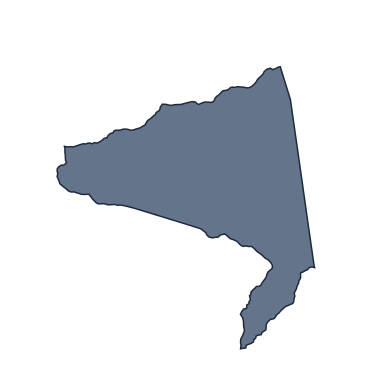 outline of Igaporã, Bahia, Brazil, rotated 283°
{"feature_id": "56859067B50358984616919", "entity_name": "Igaporã", "entity_type": "district", "adm_level": 2, "iso_a3": "BRA", "parent_name": "Brazil", "parent_adm1": "Bahia", "projection": "orthographic", "projection_center": [-42.745, -13.834], "detail": "fine", "context": "isolated", "style": "filled", "palette": "slate", "viewbox_px": 384, "rotation_deg": 283, "n_neighbors": 0, "source": "geoboundaries", "source_scale": "gbopen_adm2", "svg_char_len": 3276}
<svg xmlns="http://www.w3.org/2000/svg" viewBox="0 0 384 384"><g transform="rotate(283 192 192)"><path d="M207.8,57.4L205.5,58.5L203.6,58.9L201.6,59.4L199.0,60.4L196.8,60.9L194.3,61.7L192.7,63.0L190.8,62.3L189.4,60.9L188.7,58.6L186.7,56.5L184.3,55.5L182.3,55.8L179.5,57.1L176.6,57.1L175.2,58.3L173.2,59.7L170.3,61.5L169.1,63.7L168.1,65.7L166.8,68.6L165.2,71.4L164.8,74.2L165.6,77.2L165.3,79.7L165.2,81.8L164.9,85.0L165.4,87.7L166.0,89.8L166.6,92.2L164.8,94.3L162.7,96.8L161.5,98.7L159.9,101.1L159.4,103.4L160.9,109.3L160.6,112.8L161.3,115.6L162.5,119.4L162.3,122.5L163.3,125.5L163.4,132.1L163.2,139.1L160.3,180.1L158.3,207.1L158.0,209.1L156.7,211.9L155.4,214.7L153.4,216.2L151.9,218.8L151.9,222.2L152.9,224.5L154.0,227.7L156.7,229.5L157.8,232.0L158.4,234.0L157.1,236.3L155.2,239.6L154.9,242.7L154.4,245.4L153.6,248.0L152.0,249.9L150.7,252.4L150.6,254.5L151.6,256.5L151.6,259.5L152.4,262.3L151.1,265.0L149.3,267.7L148.3,269.5L147.3,272.2L146.0,274.8L145.0,276.5L143.9,278.4L143.3,280.8L142.3,282.7L140.8,284.7L138.8,286.7L135.7,287.4L134.2,286.3L132.7,285.1L130.9,283.9L128.4,283.5L126.0,283.5L123.5,282.6L120.9,281.4L118.5,280.4L116.2,280.0L115.1,278.2L114.4,276.0L112.7,275.1L110.5,273.5L107.8,272.0L105.6,272.3L103.8,271.4L102.0,272.3L99.9,273.1L97.8,272.2L96.0,272.7L94.3,270.8L91.0,271.4L89.6,268.6L87.0,267.5L83.7,266.7L81.7,268.8L80.0,270.2L77.3,271.3L74.4,272.1L71.8,272.9L69.0,274.3L65.9,274.0L62.9,273.5L59.6,272.6L56.4,273.1L53.7,274.2L50.1,274.6L51.1,276.8L52.3,279.6L54.7,279.2L56.0,280.9L57.6,283.4L59.5,285.5L62.1,285.5L63.8,286.9L66.2,286.9L67.6,289.1L68.5,291.5L70.7,291.7L72.5,293.3L74.2,295.0L76.9,294.7L79.3,294.1L81.7,294.8L84.0,296.0L85.6,297.2L86.9,300.3L89.1,301.5L91.2,302.0L93.4,303.8L96.3,305.3L98.7,306.9L101.6,309.0L103.0,311.2L104.6,313.2L105.6,314.8L107.2,315.8L109.9,315.5L113.7,315.6L116.4,314.4L118.4,314.8L121.1,315.5L124.4,315.6L127.3,316.4L129.3,316.1L131.1,316.8L133.4,317.1L135.4,316.4L137.8,316.2L139.3,318.5L141.0,320.2L142.3,322.1L144.6,323.1L146.0,325.8L145.9,328.5L147.8,327.5L195.0,309.2L228.6,296.3L249.8,288.1L271.8,279.6L304.4,267.0L333.9,249.8L333.0,247.8L331.0,245.8L329.4,243.1L330.2,240.3L328.7,237.6L325.7,235.3L323.2,234.8L321.0,233.6L318.8,232.0L316.5,230.6L314.1,229.9L310.9,228.4L308.3,226.3L306.5,224.4L305.8,222.2L305.8,219.0L305.3,216.0L304.9,212.7L303.6,210.4L303.3,207.8L302.4,206.0L300.2,204.5L299.0,202.9L297.5,199.3L294.4,197.3L292.4,196.2L290.7,194.4L288.1,193.3L285.6,192.9L284.1,191.7L283.4,189.5L283.2,187.3L282.5,184.2L281.5,182.4L280.2,180.6L278.8,178.9L279.2,177.0L280.4,175.2L280.4,173.2L279.8,171.1L278.7,169.1L277.8,167.0L276.3,164.3L274.8,161.5L274.0,158.4L273.2,155.5L271.8,152.6L271.5,149.7L271.6,147.1L270.9,143.4L267.7,142.0L265.6,142.2L263.4,141.3L261.5,139.3L259.2,138.9L257.6,137.4L254.8,135.6L252.9,133.8L251.3,132.5L248.8,131.7L246.6,131.1L245.0,129.1L243.1,127.4L241.8,125.2L240.7,123.2L239.3,121.1L238.4,118.6L238.6,115.4L238.4,113.1L237.7,110.7L236.1,108.2L235.6,106.3L235.1,103.8L233.9,102.2L232.0,101.8L230.7,99.4L228.3,97.6L225.7,96.9L224.6,94.4L222.4,92.9L220.2,90.9L218.5,89.0L218.1,85.8L216.4,83.6L216.8,81.7L216.1,79.4L214.8,77.6L214.6,75.2L213.1,72.6L211.5,69.9L210.5,68.3L209.3,66.3L208.9,63.6L208.0,61.1L207.8,57.4Z" fill="#64748b" stroke="#1e293b" stroke-width="1.5"/></g></svg>